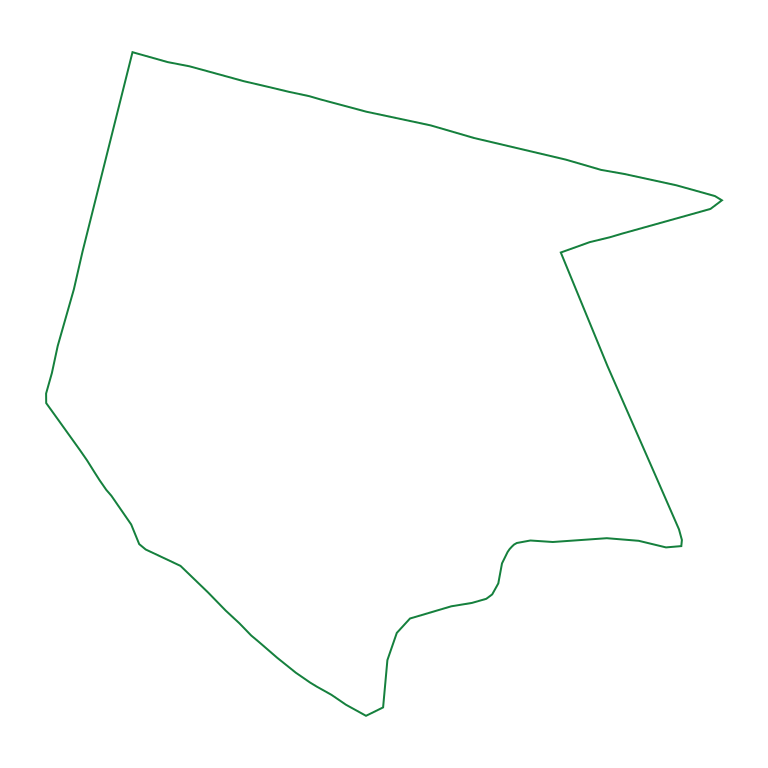 Tactic, Alta Verapaz, Guatemala (Albers equal-area conic projection)
{"feature_id": "79465075B42752756974630", "entity_name": "Tactic", "entity_type": "district", "adm_level": 2, "iso_a3": "GTM", "parent_name": "Guatemala", "parent_adm1": "Alta Verapaz", "projection": "albers", "projection_center": [-90.334, 15.294], "detail": "fine", "context": "isolated", "style": "outline", "palette": "green", "viewbox_px": 768, "rotation_deg": 0, "n_neighbors": 0, "source": "geoboundaries", "source_scale": "gbopen_adm2", "svg_char_len": 1053}
<svg xmlns="http://www.w3.org/2000/svg" viewBox="0 0 768 768"><path d="M132.5,52.2L82.5,251.7L73.9,289.2L57.7,346.0L51.9,373.0L46.1,393.5L46.2,403.1L56.7,417.7L68.1,433.6L79.5,449.5L87.0,460.3L94.4,472.1L99.7,480.4L106.3,489.9L111.4,495.8L131.2,524.5L139.2,544.1L145.7,549.5L180.5,565.9L208.2,592.6L225.7,610.6L239.4,623.3L251.2,635.5L258.6,641.7L277.1,657.7L295.8,672.7L310.0,682.5L316.9,686.7L331.4,694.8L345.9,704.7L366.0,715.8L383.1,707.4L387.4,660.1L396.8,632.9L410.0,618.5L451.3,606.3L472.0,602.9L486.3,598.8L492.2,594.4L498.3,583.4L502.0,563.4L507.6,552.0L509.6,549.1L511.9,546.6L514.0,544.6L516.8,543.0L530.4,540.5L552.8,542.0L606.8,538.2L638.7,540.8L666.0,547.4L681.3,546.1L681.9,540.0L679.0,529.4L657.7,480.6L607.5,366.1L560.8,252.5L589.8,242.1L609.7,237.3L621.8,233.7L710.5,208.9L721.9,200.3L715.0,196.1L676.4,185.3L624.4,174.0L601.1,169.9L565.7,159.6L474.0,138.0L430.7,125.4L366.3,111.7L320.4,99.4L309.4,96.2L288.8,91.8L268.3,86.9L243.8,81.2L189.5,66.3L167.7,62.1L138.5,53.9L132.5,52.2Z" fill="none" stroke="#15803d" stroke-width="2"/></svg>